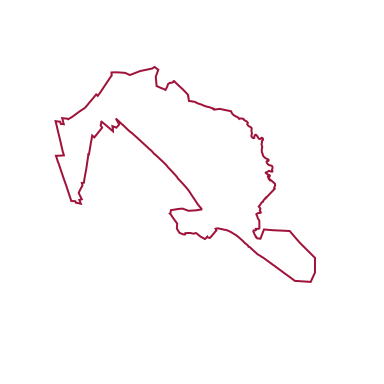 Stopiņu pag., Stopinu, Latvia, rotated 43°
{"feature_id": "27541924B13594344549497", "entity_name": "Stopiņu pag.", "entity_type": "district", "adm_level": 2, "iso_a3": "LVA", "parent_name": "Latvia", "parent_adm1": "Stopinu", "projection": "robinson", "projection_center": [24.317, 56.919], "detail": "fine", "context": "isolated", "style": "outline", "palette": "rose", "viewbox_px": 384, "rotation_deg": 43, "n_neighbors": 0, "source": "geoboundaries", "source_scale": "gbopen_adm2", "svg_char_len": 5909}
<svg xmlns="http://www.w3.org/2000/svg" viewBox="0 0 384 384"><g transform="rotate(43 192 192)"><path d="M179.9,103.4L179.5,103.5L176.6,105.7L176.6,106.3L174.8,106.1L170.3,107.4L167.5,107.2L165.5,106.3L156.9,111.5L155.1,112.8L152.8,115.8L150.8,116.4L151.0,116.7L151.1,116.8L150.3,116.9L148.9,117.3L148.1,117.6L147.1,118.0L146.2,118.5L144.8,119.4L144.2,119.7L143.7,119.9L142.1,120.6L141.5,120.9L139.8,121.4L139.3,121.6L135.5,123.4L134.7,123.6L134.0,123.8L132.8,124.0L129.6,126.1L128.8,126.7L127.8,127.5L126.0,126.2L125.1,125.4L125.1,125.5L124.6,125.2L123.6,124.4L122.6,123.6L115.8,123.2L110.5,123.2L106.0,123.2L103.2,123.1L103.0,123.7L103.3,124.6L103.0,125.2L102.2,126.5L101.8,126.9L101.3,127.4L100.9,129.5L101.6,130.9L102.2,132.5L103.0,135.4L100.3,136.2L98.6,137.0L93.8,138.6L86.8,132.3L84.0,125.6L79.3,126.1L78.7,128.8L71.6,138.9L66.8,148.8L61.8,150.5L55.2,155.9L52.8,158.2L52.8,158.3L51.6,159.5L53.9,161.7L53.8,162.0L55.4,172.0L57.0,181.6L57.5,186.0L55.4,186.0L55.7,190.4L56.0,197.2L56.2,199.6L56.2,200.1L56.3,203.3L56.3,203.7L54.8,209.8L53.2,218.5L51.8,223.3L51.0,223.3L46.7,226.5L52.0,229.9L49.6,231.7L47.7,230.5L45.9,231.8L43.9,233.2L55.6,241.0L59.0,243.2L63.0,245.9L69.9,250.6L71.3,251.3L73.3,252.6L72.5,253.4L72.0,254.1L67.8,258.3L70.6,259.8L72.6,261.0L75.2,262.2L88.7,269.5L96.2,273.4L99.8,275.4L105.3,278.4L109.9,280.9L112.3,278.8L113.0,278.3L114.3,279.0L118.7,276.4L116.1,275.1L115.0,274.7L116.4,272.5L113.2,271.3L109.8,270.0L108.9,267.4L108.4,265.7L107.4,261.8L105.3,260.5L106.6,259.0L106.0,258.0L105.3,257.0L105.2,257.0L104.4,255.8L98.7,246.9L90.9,235.6L90.6,235.4L91.1,235.0L88.0,230.2L84.7,225.3L83.2,222.9L81.9,220.8L80.5,218.8L83.3,218.7L83.3,218.3L83.2,217.9L83.3,217.9L83.3,217.5L83.1,215.5L83.0,213.9L82.4,206.2L82.2,206.1L79.9,205.7L79.7,205.5L78.3,202.8L77.9,202.7L77.9,202.2L84.2,201.8L92.8,201.5L90.9,199.6L89.6,198.7L88.9,198.1L92.8,196.5L92.7,196.2L92.8,194.2L92.8,193.6L92.8,193.1L92.5,192.2L86.2,190.2L95.1,190.2L95.4,190.1L96.5,190.1L103.9,190.2L106.0,190.1L107.6,189.9L115.2,189.7L120.8,189.7L129.8,189.6L130.0,189.7L132.5,189.6L134.1,189.5L134.7,189.5L138.1,189.9L138.9,189.8L142.7,189.7L150.6,189.7L152.5,189.8L154.5,189.8L157.8,190.3L163.6,190.6L168.4,191.0L170.3,191.2L171.8,191.5L172.2,191.7L178.8,192.1L187.5,193.0L189.9,193.5L193.4,194.4L199.4,195.8L202.4,196.5L202.7,196.7L205.7,197.2L206.8,197.4L210.2,197.7L210.5,198.0L210.8,198.4L209.8,199.6L207.4,202.7L202.3,208.1L196.4,210.6L194.5,212.7L194.1,213.1L189.0,219.6L190.7,222.3L190.5,222.8L191.2,222.8L196.5,224.0L200.7,224.8L202.7,225.2L205.9,229.1L208.6,229.9L210.7,230.4L212.8,229.6L214.9,228.7L215.2,228.5L215.9,227.7L215.2,226.7L216.1,225.7L216.5,225.2L217.8,224.0L218.7,223.1L218.9,222.9L220.1,222.4L220.4,222.2L221.2,221.6L222.0,220.9L222.6,219.6L223.6,219.1L226.5,219.0L228.6,218.8L233.5,217.6L233.7,214.7L233.8,214.8L234.7,214.3L236.4,213.4L236.4,210.5L236.3,209.2L236.2,208.2L236.2,207.5L236.0,204.1L236.1,203.6L234.3,202.8L234.9,201.8L236.1,200.7L239.0,198.9L240.3,198.2L242.5,196.8L243.3,196.3L244.0,196.0L245.0,195.6L248.0,194.7L253.9,193.5L256.2,193.3L258.2,193.2L263.1,193.1L264.1,193.3L264.8,193.3L268.3,193.0L269.6,193.0L270.7,193.5L271.0,193.3L272.0,192.9L272.5,192.8L273.6,193.0L274.7,192.9L277.6,192.9L281.1,192.8L282.3,192.8L285.2,192.2L288.3,191.7L288.6,191.5L308.6,189.1L316.2,188.2L328.0,186.8L328.5,186.3L340.1,176.8L336.9,167.1L334.2,164.2L329.5,159.1L327.0,156.3L305.9,155.6L297.8,154.8L290.1,153.9L282.7,160.1L280.3,162.2L276.7,165.2L270.2,170.3L273.9,179.5L273.3,179.9L271.4,181.4L270.3,181.3L269.7,181.4L269.6,181.0L267.9,180.8L263.8,179.1L263.3,178.0L264.5,177.0L264.7,175.9L263.9,175.4L265.3,174.1L265.6,173.8L265.6,173.5L266.1,172.7L265.2,171.7L260.7,167.0L258.3,166.4L257.4,166.0L256.8,165.5L254.2,164.4L254.4,163.1L254.6,162.7L254.9,162.2L256.2,160.7L256.4,160.4L256.4,160.2L255.6,159.7L255.0,159.6L254.5,159.4L254.0,159.0L254.0,158.8L254.0,158.4L253.3,157.5L253.0,157.4L252.7,157.3L252.1,157.3L251.2,157.1L250.8,157.1L250.6,156.0L250.5,154.5L250.2,152.8L250.2,150.2L250.3,150.2L250.0,149.4L250.0,149.0L249.9,147.1L250.0,147.2L250.2,146.8L250.2,146.6L250.1,146.4L250.3,133.3L249.4,133.2L249.3,132.9L249.1,132.4L248.1,130.2L247.2,129.5L246.5,129.4L246.0,129.4L244.3,129.4L241.5,129.6L241.7,129.9L241.6,130.1L241.4,130.2L241.1,130.3L240.8,130.3L239.5,130.1L239.3,129.9L239.1,129.9L239.1,129.5L239.0,129.2L238.2,129.1L237.8,129.3L237.1,129.1L236.9,128.8L236.8,128.6L238.0,127.5L238.0,127.1L237.7,126.9L237.3,126.8L236.8,127.0L236.5,127.2L235.9,127.4L235.5,127.5L234.9,127.5L234.1,127.6L233.6,127.8L233.3,127.8L232.7,127.6L232.7,127.4L233.1,126.9L233.2,126.2L233.5,125.4L233.7,124.8L233.8,124.2L234.4,123.8L235.0,123.5L236.1,123.0L236.7,122.6L236.7,122.0L235.6,121.4L235.2,121.0L234.8,120.0L234.5,119.6L234.0,118.9L233.3,118.6L233.1,118.5L232.4,118.4L231.7,118.8L230.1,119.7L229.2,119.9L228.2,119.9L227.5,119.8L226.9,119.6L225.9,119.1L225.7,118.4L226.6,117.1L226.5,116.7L226.1,116.3L225.7,116.2L225.2,116.3L224.6,116.5L223.3,117.0L222.1,117.2L221.2,117.2L219.7,117.1L218.7,116.8L218.2,116.3L217.6,115.9L216.8,115.6L216.0,115.2L215.5,114.9L214.1,113.4L213.3,112.1L212.5,111.0L210.5,109.8L210.3,109.7L210.1,109.4L209.7,108.7L209.5,108.2L209.1,107.7L208.5,107.2L208.3,106.6L208.3,105.8L208.3,105.3L208.0,105.0L207.6,104.7L207.0,104.6L206.1,104.7L205.8,105.3L206.0,105.9L205.8,106.6L205.5,106.9L205.0,107.2L204.6,107.4L203.9,107.3L201.4,106.6L199.9,106.5L199.4,106.8L199.2,107.1L199.6,108.7L200.6,109.9L200.6,110.2L200.5,110.5L200.0,110.8L199.3,111.0L198.6,111.0L197.9,110.9L197.4,110.7L197.2,110.4L196.7,109.9L196.4,109.3L196.2,108.7L195.9,108.3L195.0,107.6L193.8,106.7L193.4,106.4L193.1,105.9L192.8,105.5L192.5,105.0L192.0,104.6L191.2,104.5L190.1,104.7L188.8,105.1L188.1,105.2L187.6,105.1L186.3,104.9L186.1,104.6L185.9,104.0L185.7,103.4L185.0,103.1L184.0,103.1L182.9,103.3L182.3,103.5L181.6,103.7L180.8,103.8L180.3,103.6L179.9,103.4Z" fill="none" stroke="#9f1239" stroke-width="2"/></g></svg>